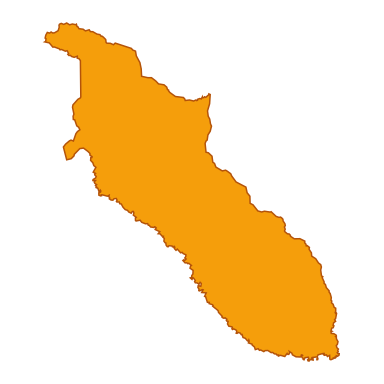 Campo Grande, Mato Grosso do Sul, Brazil (Albers equal-area conic projection)
{"feature_id": "56859067B56402233795281", "entity_name": "Campo Grande", "entity_type": "district", "adm_level": 2, "iso_a3": "BRA", "parent_name": "Brazil", "parent_adm1": "Mato Grosso do Sul", "projection": "albers", "projection_center": [-54.243, -20.876], "detail": "fine", "context": "isolated", "style": "filled", "palette": "amber", "viewbox_px": 384, "rotation_deg": 0, "n_neighbors": 0, "source": "geoboundaries", "source_scale": "gbopen_adm2", "svg_char_len": 5938}
<svg xmlns="http://www.w3.org/2000/svg" viewBox="0 0 384 384"><path d="M301.6,355.9L302.1,357.6L303.4,358.6L303.2,359.4L304.0,359.8L305.0,357.7L308.3,357.2L308.8,358.6L307.6,359.8L308.1,360.9L309.1,361.0L309.3,360.1L311.2,359.6L313.1,360.1L313.1,358.9L311.6,358.2L312.1,357.5L317.1,356.9L318.1,354.8L322.5,353.6L324.1,353.4L324.3,354.0L323.5,354.5L324.3,355.3L326.5,354.9L327.4,356.5L329.6,355.4L329.8,358.5L330.0,359.4L330.9,359.7L333.1,358.8L333.3,357.9L334.9,358.2L335.6,357.7L335.2,357.1L336.1,356.9L336.3,355.7L337.5,356.3L339.0,355.2L339.2,353.7L337.7,353.5L337.2,352.6L338.2,351.7L337.7,350.4L338.4,349.1L336.9,347.7L336.3,345.6L337.4,344.3L338.0,341.6L336.5,339.0L336.3,337.1L335.6,336.6L336.4,336.0L336.1,335.1L333.9,333.7L331.3,333.4L331.1,332.6L331.0,331.8L332.0,331.3L331.0,330.9L331.7,328.2L333.2,327.7L333.9,325.8L333.1,325.4L333.6,322.8L335.6,321.3L334.6,319.7L335.6,318.6L336.6,313.3L336.1,312.7L335.5,313.2L335.2,312.4L335.7,311.5L335.7,308.2L334.2,307.4L333.1,304.2L331.5,302.8L331.8,301.0L331.0,300.2L331.3,297.6L330.2,293.6L329.1,292.1L329.1,290.8L326.3,287.6L325.4,284.4L324.1,283.5L324.1,281.8L322.2,277.7L322.8,276.7L321.5,275.9L320.7,270.0L321.4,267.0L320.7,264.6L318.5,263.0L315.7,258.7L311.7,256.1L311.4,252.8L309.1,249.3L309.4,247.4L307.2,245.6L306.3,245.9L305.9,244.1L304.7,242.8L304.8,241.1L299.9,238.7L294.3,238.8L290.5,236.3L290.4,235.3L289.2,234.0L287.4,233.8L285.0,231.8L284.5,231.0L285.2,229.2L284.4,227.0L285.3,225.6L284.9,223.7L283.1,221.0L282.9,219.2L281.8,218.0L280.6,217.1L279.0,217.4L276.1,216.4L271.1,211.7L270.3,212.1L264.4,211.2L261.7,212.0L257.8,210.9L253.0,204.8L250.1,203.3L249.9,196.2L247.1,192.7L245.9,187.1L236.1,182.0L231.7,176.0L230.7,173.7L227.0,171.0L225.6,170.2L222.3,170.9L215.9,167.1L214.5,163.4L212.8,162.2L212.0,156.2L208.4,152.8L206.0,152.2L205.1,143.4L206.0,141.1L207.2,140.0L207.9,135.0L210.2,131.3L211.5,126.1L210.5,123.9L209.7,119.1L208.2,116.2L207.5,110.9L209.6,103.8L210.2,94.5L208.9,93.9L208.8,94.7L205.8,97.3L204.4,96.8L203.8,97.6L202.4,97.8L202.3,97.0L201.3,98.9L199.8,98.5L197.6,99.3L197.5,100.3L196.7,100.6L195.9,100.0L193.6,101.0L189.5,100.0L185.2,100.5L184.8,99.0L183.4,97.5L175.4,96.5L169.9,92.5L168.7,91.1L168.6,90.1L167.5,89.6L166.7,87.1L164.0,84.8L158.5,83.9L155.9,81.1L151.5,77.7L147.9,77.7L141.6,76.3L141.2,68.9L139.9,62.6L136.3,55.9L135.5,51.1L132.7,50.0L131.4,48.4L115.2,43.1L113.5,44.7L110.3,43.3L106.9,43.2L106.1,42.5L105.7,39.5L103.2,37.0L101.9,36.1L101.2,36.3L99.9,34.6L97.0,34.1L92.8,31.7L90.4,31.6L89.2,29.8L85.4,30.9L83.1,29.2L79.0,28.7L77.8,26.7L77.0,26.5L76.4,24.2L75.7,24.7L72.4,24.0L69.6,24.8L66.7,23.0L63.8,24.4L61.2,23.4L59.5,24.2L59.0,25.2L59.2,27.3L58.1,30.7L54.5,32.8L52.7,33.0L51.1,32.0L49.6,33.1L47.3,32.4L45.8,35.1L45.1,38.1L46.0,38.7L45.7,41.4L44.8,41.9L49.3,42.9L52.8,47.1L54.4,47.0L59.5,48.9L60.0,49.8L61.6,49.5L65.4,51.2L67.1,50.7L68.6,53.5L67.8,54.3L68.9,55.5L70.4,55.4L71.6,56.5L74.2,57.3L77.3,56.2L77.2,58.1L79.1,58.8L80.4,60.6L80.8,96.8L80.5,97.8L77.9,99.3L73.0,104.8L72.5,107.2L73.9,114.1L73.1,116.2L73.3,119.5L74.7,119.8L76.8,125.9L78.6,127.2L79.9,129.8L77.5,131.5L75.9,133.7L73.4,141.0L71.0,140.1L69.4,140.9L65.6,144.1L63.4,147.0L66.7,159.8L71.2,158.7L74.0,155.9L74.3,154.3L79.8,148.6L83.5,148.1L87.9,151.4L89.9,153.4L90.0,155.2L92.1,156.7L91.9,157.5L90.8,157.6L90.6,160.4L92.8,162.7L93.8,165.6L95.9,167.3L93.2,172.2L95.5,173.4L94.7,174.2L94.9,175.1L96.2,176.4L95.6,178.0L93.1,179.5L92.9,180.5L95.4,180.6L94.2,182.0L94.8,183.3L96.6,184.7L95.5,185.5L96.7,187.1L96.2,187.6L97.9,188.3L98.9,191.3L99.6,191.5L100.3,190.2L100.8,191.0L100.5,192.1L98.8,192.8L98.9,195.2L100.6,195.9L101.5,195.7L101.3,194.8L102.2,194.8L107.4,196.2L109.1,195.3L108.8,196.6L109.7,197.9L109.3,198.8L111.0,200.0L112.9,200.2L114.1,198.7L116.3,198.5L117.1,200.1L116.4,201.4L116.9,202.0L119.3,202.0L119.7,203.7L121.3,204.0L123.0,207.2L125.2,209.6L127.6,210.4L128.6,211.9L131.2,213.2L132.3,211.5L133.4,211.5L133.9,213.0L133.3,215.1L136.2,217.3L135.4,218.0L135.5,220.5L136.1,221.0L140.1,220.2L141.7,222.3L145.5,223.8L147.6,223.6L148.3,225.2L149.2,225.3L150.6,227.0L154.0,227.5L154.5,226.8L155.4,227.1L156.2,227.9L155.2,229.5L159.8,231.7L158.2,233.7L160.2,233.9L161.9,236.0L163.4,236.3L162.9,237.2L164.3,238.4L163.9,241.1L165.0,242.7L165.8,242.9L166.1,245.1L167.2,246.6L168.1,246.8L169.0,245.7L172.1,246.0L172.4,246.8L173.3,247.0L174.1,246.3L174.8,247.2L174.1,247.9L174.6,248.8L176.0,250.3L177.3,249.1L180.6,252.8L182.2,252.4L183.2,253.6L185.9,254.8L185.8,256.5L184.8,258.0L186.1,259.0L184.8,260.3L183.8,259.8L182.9,260.5L185.1,262.9L186.9,262.8L187.9,263.7L188.8,263.3L191.4,265.4L190.6,266.0L190.0,268.2L193.1,270.4L192.9,274.0L191.8,275.5L191.6,277.4L190.3,277.9L192.0,279.4L192.7,277.8L193.5,278.0L195.3,280.6L194.6,281.6L195.3,282.8L197.0,282.9L198.9,284.1L200.1,282.3L201.3,283.5L200.8,286.3L199.1,286.0L199.0,285.2L198.2,285.6L197.9,287.4L199.0,289.2L198.8,290.6L199.6,290.9L202.2,289.6L203.1,289.8L201.7,292.5L206.2,292.9L204.6,296.4L205.6,296.7L207.4,302.3L209.3,302.4L209.1,303.6L212.5,304.7L213.1,305.5L212.7,306.2L218.1,310.6L218.5,312.4L222.2,316.3L221.9,317.0L222.6,317.7L224.0,318.3L225.1,317.8L226.9,319.2L226.3,320.2L226.8,321.1L228.1,321.4L227.5,323.9L228.8,326.2L231.8,326.8L232.4,327.3L231.9,328.8L232.6,329.5L233.6,328.9L235.9,329.9L236.8,331.2L236.2,333.2L237.0,333.4L238.3,332.5L240.2,333.1L241.3,334.7L242.1,334.5L243.0,337.5L245.3,338.3L247.5,340.9L248.3,341.1L248.8,340.0L249.2,341.2L248.4,342.9L252.1,344.2L252.2,345.1L254.4,346.9L255.3,349.6L258.2,348.7L259.4,350.3L260.7,350.0L263.8,351.6L265.1,350.6L267.9,350.5L271.1,352.6L272.8,352.5L274.3,353.8L276.4,354.1L277.0,355.1L278.5,355.0L278.5,356.0L280.5,355.3L284.8,356.5L287.1,353.4L287.8,354.4L288.8,354.4L289.8,352.4L289.5,351.6L291.9,353.2L292.4,354.8L296.0,356.8L300.5,357.0L301.6,355.9ZM301.6,355.9L301.2,355.2L301.8,354.8L302.5,355.3L301.6,355.9ZM317.7,359.6L317.9,358.6L317.6,357.8L316.8,359.1L317.0,359.8L317.7,359.6Z" fill="#f59e0b" stroke="#b45309" stroke-width="1.5"/></svg>